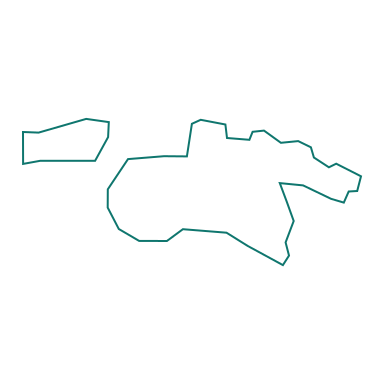 outline of St. John, United States Virgin Islands, United States of America
{"feature_id": "52423323B18524543454126", "entity_name": "St. John", "entity_type": "district", "adm_level": 2, "iso_a3": "USA", "parent_name": "United States of America", "parent_adm1": "United States Virgin Islands", "projection": "albers", "projection_center": [-64.742, 18.336], "detail": "fine", "context": "isolated", "style": "outline", "palette": "teal", "viewbox_px": 384, "rotation_deg": 0, "n_neighbors": 0, "source": "geoboundaries", "source_scale": "gbopen_adm2", "svg_char_len": 673}
<svg xmlns="http://www.w3.org/2000/svg" viewBox="0 0 384 384"><path d="M107.8,189.3L107.7,207.6L118.8,229.0L139.1,240.9L166.9,241.0L182.9,229.2L226.5,232.7L247.8,246.0L282.9,265.1L289.0,255.6L285.6,242.4L293.7,221.0L286.9,202.1L279.8,183.1L303.1,185.4L331.0,198.8L343.8,202.6L348.7,191.5L357.2,191.0L361.0,176.3L336.2,163.7L328.9,167.3L313.9,157.5L310.9,147.3L298.2,141.1L280.9,142.8L264.0,130.6L252.6,131.8L249.4,139.8L227.0,138.0L225.4,124.5L200.7,119.8L191.9,123.8L186.9,156.4L164.0,156.2L128.0,159.1L107.8,189.3ZM23.1,163.9L40.2,160.8L95.1,160.8L108.1,137.1L108.8,122.1L86.2,118.9L38.6,132.6L23.0,132.0L23.1,163.9Z" fill="none" stroke="#0f766e" stroke-width="2"/></svg>